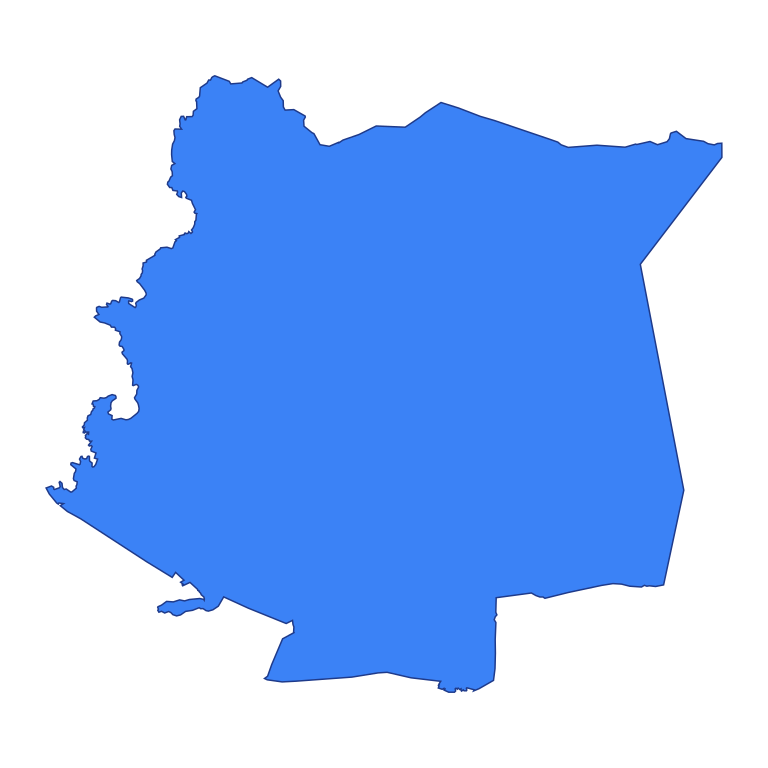 outline of Indras pag., Kraslavas, Latvia
{"feature_id": "27541924B79959881652965", "entity_name": "Indras pag.", "entity_type": "district", "adm_level": 2, "iso_a3": "LVA", "parent_name": "Latvia", "parent_adm1": "Kraslavas", "projection": "albers", "projection_center": [27.484, 55.869], "detail": "fine", "context": "isolated", "style": "filled", "palette": "blue", "viewbox_px": 768, "rotation_deg": 0, "n_neighbors": 0, "source": "geoboundaries", "source_scale": "gbopen_adm2", "svg_char_len": 6002}
<svg xmlns="http://www.w3.org/2000/svg" viewBox="0 0 768 768"><path d="M46.1,488.0L49.3,494.0L56.7,503.0L58.3,504.1L58.9,503.0L63.5,503.6L60.3,505.7L67.4,511.5L80.7,518.8L146.6,561.7L172.2,577.4L175.6,572.4L184.0,580.2L180.6,582.2L183.4,584.4L182.2,584.9L182.7,585.8L190.0,582.4L197.6,589.4L197.8,590.4L199.2,591.1L199.1,591.6L200.7,593.3L201.2,594.7L203.9,597.0L204.4,599.1L204.2,600.2L203.7,599.4L199.8,598.5L189.4,599.5L184.6,600.9L179.6,599.9L173.3,601.9L166.6,601.4L161.4,605.2L158.0,606.7L157.7,607.3L158.4,609.1L157.8,610.3L158.9,612.2L161.5,611.3L164.7,613.0L168.6,611.5L170.8,612.5L172.9,614.7L176.6,615.9L180.6,614.9L185.6,611.4L192.6,610.3L199.2,607.7L200.7,608.7L203.1,608.6L206.0,610.6L208.4,611.1L212.9,609.8L218.3,606.2L223.7,596.9L248.4,608.2L286.2,623.5L292.5,620.4L293.0,624.5L293.9,627.0L293.6,632.0L294.0,632.6L282.6,638.8L271.7,664.6L267.6,676.2L264.5,678.5L267.2,679.8L282.1,681.9L295.6,681.2L351.9,677.1L378.0,672.9L387.1,672.3L411.0,677.8L440.7,681.3L439.1,683.8L439.3,684.7L438.6,684.9L438.4,685.7L438.9,686.4L438.3,688.0L442.2,689.3L443.9,688.4L444.0,689.7L444.9,689.2L444.7,690.4L448.7,692.2L454.5,692.2L455.6,691.0L455.2,688.8L456.0,688.2L457.3,689.2L458.1,688.1L459.8,689.5L461.0,688.8L461.1,690.6L461.6,691.1L463.2,689.9L464.1,690.8L466.4,690.8L466.8,690.2L466.4,688.2L466.9,687.8L474.3,689.8L473.7,690.9L479.0,688.7L493.5,680.4L495.0,668.7L495.4,653.2L495.2,639.5L495.9,622.5L494.2,619.7L495.3,616.7L496.9,614.9L495.8,612.3L496.2,597.7L531.4,593.0L535.8,595.5L539.9,597.0L543.0,597.0L544.9,598.3L568.2,592.5L601.6,585.4L612.9,583.6L621.5,584.1L629.7,586.2L641.5,587.0L644.4,585.3L646.8,586.2L649.4,585.8L655.6,586.5L663.6,584.9L683.8,490.2L640.3,264.3L721.9,157.4L721.8,143.2L717.5,143.5L714.3,144.9L708.0,143.7L703.6,141.3L686.0,138.6L676.4,131.3L671.1,133.0L670.5,133.7L669.4,138.7L667.1,141.7L657.5,144.7L650.0,141.5L636.8,144.5L635.6,144.1L625.1,147.2L596.9,145.2L568.2,147.4L561.1,144.8L557.8,142.1L550.7,139.6L494.4,120.5L480.4,116.4L458.5,108.0L441.0,102.5L425.3,112.8L420.3,117.0L405.2,127.2L376.2,126.0L359.0,134.5L342.9,140.1L338.9,142.8L338.7,142.3L329.3,146.3L320.0,144.7L313.9,133.6L312.0,132.7L304.0,126.2L303.6,120.2L305.3,117.1L305.1,116.0L293.8,109.6L285.1,110.1L283.4,107.0L283.2,100.7L280.6,97.1L278.1,90.9L280.7,86.4L280.6,81.0L278.7,79.2L267.6,87.2L251.7,77.6L247.6,79.2L246.9,80.3L242.8,81.9L241.9,83.0L230.8,83.9L229.2,81.3L214.8,75.8L213.0,76.6L211.8,77.5L210.5,80.1L208.7,80.0L207.0,83.1L200.3,87.7L199.6,96.1L198.8,97.3L196.1,99.1L195.9,100.8L196.6,101.6L196.9,108.7L193.4,111.3L193.1,115.3L192.1,116.6L186.7,116.7L185.8,119.8L185.2,119.9L183.6,116.3L181.2,116.4L179.6,119.8L180.1,123.9L179.7,126.3L181.6,129.2L175.0,129.0L173.9,130.7L174.2,134.4L175.0,137.6L174.4,140.7L172.6,144.1L171.7,150.1L171.6,154.6L172.3,161.5L174.9,163.6L171.7,165.4L170.9,169.0L172.2,171.7L172.4,175.7L170.7,177.1L169.0,181.0L167.8,182.1L167.4,184.3L169.7,187.5L171.8,187.6L172.9,190.4L177.3,191.0L177.6,192.1L176.7,194.4L178.8,196.6L181.6,197.5L181.3,193.1L182.6,191.1L183.4,191.2L184.5,191.6L186.5,194.3L186.9,196.2L185.8,197.3L186.3,198.2L191.5,200.3L192.4,203.4L195.5,209.7L194.1,212.1L194.9,213.2L196.8,213.6L196.4,214.2L195.9,220.2L194.8,221.6L194.7,224.2L193.3,227.6L191.5,230.0L192.4,231.4L192.4,232.2L190.9,233.5L188.8,231.6L188.4,232.9L186.9,233.7L185.1,233.0L184.5,233.5L184.5,234.5L179.2,235.9L179.5,237.4L175.4,239.6L176.4,240.7L175.0,241.8L172.8,248.0L171.3,248.6L167.0,247.2L160.7,247.8L160.1,249.0L156.0,251.9L154.8,254.2L154.9,255.3L146.4,260.3L146.6,261.8L146.3,262.1L143.1,263.0L143.1,265.9L142.1,269.0L142.6,270.6L142.3,272.9L141.2,274.3L141.0,276.0L139.5,278.5L136.7,280.5L137.2,281.7L139.7,283.7L144.6,290.2L146.1,293.1L146.2,294.8L143.8,298.1L139.3,300.0L136.2,302.4L135.7,303.4L136.3,305.4L135.8,307.0L135.1,307.6L128.7,303.5L128.6,301.2L128.9,300.8L131.5,301.6L132.6,301.1L132.6,299.7L132.1,299.1L128.2,297.9L121.2,297.1L120.5,297.8L119.4,301.9L118.8,302.5L115.7,300.7L112.7,300.4L111.7,301.1L110.7,303.7L110.0,304.1L107.0,303.1L106.5,304.4L108.0,306.6L107.8,306.9L101.6,307.3L99.1,306.4L96.9,307.3L96.5,307.9L96.6,311.2L98.9,314.5L95.6,315.9L94.3,317.2L100.1,322.0L104.5,322.9L110.3,325.2L111.4,327.1L114.6,327.2L115.6,328.6L115.4,330.2L120.0,331.8L119.9,333.7L121.6,336.4L121.6,337.9L121.2,339.7L119.5,342.1L119.1,345.0L119.9,346.1L122.2,346.5L123.9,349.4L123.9,350.6L122.0,352.2L122.4,353.8L127.1,359.3L127.5,360.9L127.3,363.4L127.6,364.1L128.5,364.2L130.7,362.8L131.6,363.1L130.6,366.7L132.0,368.5L132.9,372.8L132.1,376.4L133.0,379.8L132.6,385.2L133.2,385.6L136.2,384.4L137.6,385.0L138.5,386.3L138.5,387.3L136.9,390.3L136.7,394.1L134.5,397.7L134.9,399.0L137.7,402.8L138.4,404.8L139.1,408.4L138.7,411.3L137.1,413.3L130.9,418.3L128.3,419.5L125.9,419.8L121.1,418.4L113.3,420.0L111.8,419.1L112.1,415.6L108.5,413.9L107.9,412.1L110.7,409.8L111.0,408.5L110.6,406.1L111.0,402.8L112.3,400.8L116.0,398.3L116.0,396.8L115.4,395.5L112.1,394.6L108.2,396.1L106.3,397.6L104.0,398.2L100.2,397.7L99.2,399.4L96.9,400.7L93.2,401.0L92.0,403.9L93.1,404.2L93.5,406.4L94.8,406.6L94.4,408.1L93.1,408.8L92.8,410.2L91.5,411.6L90.7,414.5L88.0,415.8L87.3,417.9L87.4,420.2L84.5,422.7L84.2,425.0L82.4,427.0L83.0,427.9L84.5,427.5L83.7,429.5L84.8,430.8L83.4,431.2L83.2,432.6L84.5,433.0L85.4,432.1L88.7,432.1L88.5,434.2L87.4,433.3L85.4,435.5L85.7,436.7L85.3,437.8L86.6,439.2L88.8,439.5L89.5,441.1L91.6,441.2L88.5,445.1L89.3,446.0L91.4,445.6L92.1,446.5L90.8,449.3L91.2,451.0L96.0,453.0L94.4,458.1L97.6,459.1L95.7,464.5L93.9,466.8L92.5,467.0L92.0,466.4L92.1,463.0L89.9,461.3L89.5,460.4L89.4,456.4L88.6,456.1L87.5,456.5L86.6,458.6L84.9,459.0L82.8,458.3L82.0,456.3L81.0,456.5L79.5,459.1L80.6,461.4L80.1,464.1L79.4,464.7L72.5,462.6L71.0,463.1L70.8,464.7L76.0,469.0L75.5,471.6L74.3,473.3L73.4,478.7L74.1,480.5L77.2,481.8L76.9,484.6L76.1,486.1L76.3,488.2L71.9,491.9L70.8,492.1L66.2,489.0L64.2,489.5L62.5,487.5L62.0,483.3L60.0,481.5L59.2,482.3L60.2,486.6L59.3,487.8L54.5,489.5L53.8,489.1L53.7,487.3L51.5,486.0L46.1,488.0Z" fill="#3b82f6" stroke="#1e3a8a" stroke-width="1.5"/></svg>